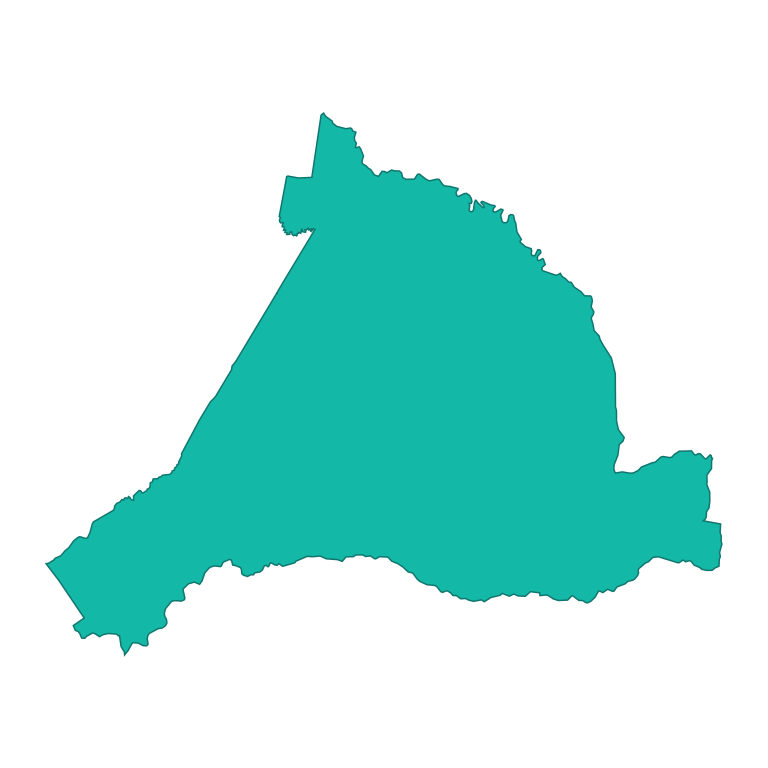 La Troncal, Cañar, Ecuador (Natural Earth projection)
{"feature_id": "8360857B94153717881636", "entity_name": "La Troncal", "entity_type": "district", "adm_level": 2, "iso_a3": "ECU", "parent_name": "Ecuador", "parent_adm1": "Cañar", "projection": "natural_earth1", "projection_center": [-79.383, -2.434], "detail": "fine", "context": "isolated", "style": "filled", "palette": "teal", "viewbox_px": 768, "rotation_deg": 0, "n_neighbors": 0, "source": "geoboundaries", "source_scale": "gbopen_adm2", "svg_char_len": 6093}
<svg xmlns="http://www.w3.org/2000/svg" viewBox="0 0 768 768"><path d="M691.5,450.9L679.2,451.2L674.6,454.2L671.7,457.2L669.5,457.6L663.3,456.5L660.8,457.1L655.4,462.1L652.1,462.8L641.5,467.0L637.9,470.7L633.1,473.0L630.0,473.2L622.2,471.9L615.8,473.0L614.8,472.1L613.8,468.9L614.2,464.5L617.9,455.3L619.2,444.6L623.0,441.1L624.2,437.5L618.4,429.7L616.5,420.7L616.5,410.9L615.5,406.8L615.3,373.7L611.3,357.9L603.2,345.2L600.1,339.5L599.1,335.9L594.1,330.6L592.8,323.4L591.4,319.2L591.5,317.1L593.1,314.8L593.9,312.0L591.1,306.8L592.4,300.9L591.6,297.3L590.7,296.0L584.5,295.8L580.9,291.6L574.3,287.2L571.3,282.4L568.8,282.1L565.2,278.4L562.4,276.8L560.2,273.3L557.5,275.0L555.5,275.1L542.8,270.8L542.0,269.7L542.1,267.4L545.3,264.5L543.3,259.0L542.4,258.7L539.2,260.6L538.0,260.3L537.3,259.2L537.7,256.1L540.8,252.9L540.6,250.9L539.7,249.8L537.8,249.7L534.9,255.7L532.5,255.7L531.1,254.0L531.7,251.0L531.2,248.7L525.2,246.6L520.1,242.0L520.1,241.1L521.4,239.5L517.0,232.0L515.7,223.0L514.6,220.6L513.6,215.7L512.8,214.9L510.9,214.5L508.9,215.7L508.0,220.7L506.8,222.3L505.8,222.8L503.2,222.5L502.1,221.3L500.7,215.2L503.0,210.3L502.8,209.6L500.7,209.1L496.0,211.8L493.9,212.1L492.8,210.6L493.7,208.2L495.2,206.5L494.7,205.6L490.9,205.0L482.6,201.4L481.4,201.7L481.0,202.8L483.7,205.5L484.1,207.5L483.0,207.7L478.0,203.0L476.1,200.3L475.4,200.3L474.4,203.0L473.4,210.4L471.8,211.8L469.9,211.3L469.2,210.3L469.7,205.6L469.1,203.3L471.0,203.5L472.0,201.6L471.1,198.1L469.6,195.5L466.5,193.4L464.4,193.6L458.1,196.5L456.9,195.6L456.1,193.1L456.5,191.1L457.9,189.8L458.0,188.5L449.7,186.4L444.4,185.9L442.7,184.5L439.0,179.3L436.2,179.3L429.4,180.9L426.2,179.4L419.4,174.1L417.6,174.3L414.4,179.1L405.9,179.3L402.7,177.5L401.5,172.9L399.4,171.0L394.5,170.9L391.7,170.0L387.0,172.7L384.6,171.5L382.0,171.3L378.5,176.4L374.4,174.9L370.8,169.7L368.3,168.2L366.1,165.8L363.3,164.4L362.1,162.9L362.1,160.5L363.5,156.1L360.5,148.5L359.1,146.8L355.9,147.8L355.4,147.2L356.4,143.3L354.8,140.8L354.3,137.7L355.9,132.2L352.8,131.0L351.8,128.9L350.6,128.0L345.8,128.7L336.8,126.4L332.7,123.2L332.2,121.1L325.7,116.4L323.6,113.1L321.1,115.1L311.8,177.4L298.6,178.0L288.0,176.1L286.7,176.5L279.2,216.7L280.5,217.4L279.4,220.2L279.9,222.0L280.5,222.9L282.4,222.5L283.4,223.1L282.5,224.2L282.2,226.7L283.9,226.7L284.2,229.0L283.6,230.3L285.6,230.1L284.9,232.4L287.4,233.0L286.7,234.5L289.8,234.3L290.0,232.2L291.4,231.8L292.3,234.7L293.7,235.7L295.0,234.9L296.5,235.9L297.4,234.8L297.2,233.6L298.6,233.2L298.6,232.4L300.7,233.3L301.7,229.4L302.2,229.7L302.0,231.6L305.3,232.3L305.8,231.9L305.0,229.7L306.5,230.0L308.0,228.2L308.8,230.0L310.4,229.2L310.6,231.0L311.3,230.6L311.4,228.8L311.9,228.8L312.0,230.7L313.3,228.8L315.0,229.4L285.0,279.1L276.7,293.1L277.0,293.6L276.2,294.1L235.8,361.4L232.1,366.0L231.5,369.8L215.4,396.7L210.3,402.0L199.7,419.6L181.6,453.6L181.6,456.1L178.8,461.8L178.6,464.0L177.1,464.6L176.7,466.4L174.6,468.1L174.4,470.1L172.1,471.0L172.0,472.3L169.9,474.4L162.6,475.2L160.8,476.8L159.2,477.1L157.5,478.8L153.2,478.9L152.4,481.8L150.3,482.8L150.0,486.7L148.8,488.8L147.4,489.0L146.6,490.7L143.1,492.9L142.0,492.8L140.6,490.7L139.1,490.5L133.6,495.8L133.5,500.2L131.2,499.8L130.1,497.6L128.5,496.6L127.8,498.5L125.9,497.8L124.6,498.1L123.6,500.1L122.0,499.5L119.7,502.2L116.8,503.3L114.5,506.3L114.6,507.6L113.6,510.2L93.4,521.9L92.2,524.2L90.0,532.6L87.5,537.7L85.8,538.5L79.9,536.7L78.1,537.3L73.7,540.8L68.8,547.7L65.2,550.6L60.9,555.7L55.3,558.2L53.7,560.1L48.4,563.3L46.1,563.7L59.0,580.7L84.2,618.0L73.3,625.6L75.3,630.3L78.2,631.6L79.8,633.6L81.7,638.1L84.8,638.3L86.6,636.3L92.5,633.0L95.2,633.8L99.5,636.7L102.9,634.7L108.3,633.5L116.8,634.1L118.2,635.8L119.5,635.6L121.1,646.6L124.4,652.1L124.6,654.9L128.3,650.3L131.8,643.8L133.3,642.7L138.2,643.1L143.2,645.7L146.7,645.8L148.1,644.0L147.2,638.6L147.9,635.4L149.3,633.4L158.1,628.7L162.5,627.9L165.5,625.6L166.8,623.4L166.8,621.9L166.4,619.1L164.9,616.5L164.3,613.7L165.5,608.7L171.6,601.3L174.9,600.6L181.4,601.1L184.4,599.7L184.9,598.2L182.9,589.2L188.5,583.8L194.3,582.1L199.6,584.3L202.1,580.8L204.8,572.8L209.0,568.2L210.5,567.1L214.3,565.9L220.3,566.6L221.3,566.1L223.2,562.1L229.6,559.4L230.9,559.8L231.8,561.4L232.7,565.1L235.6,565.6L240.1,567.4L240.9,568.1L241.4,569.8L241.8,573.7L243.3,575.1L247.5,576.5L250.6,574.8L253.6,574.8L254.8,572.8L259.8,572.0L262.3,570.2L264.4,565.7L266.2,565.4L267.7,566.7L268.6,566.5L270.2,563.2L271.4,562.9L274.5,564.8L277.1,565.3L278.9,563.7L282.7,566.3L294.7,562.8L295.9,561.2L307.0,556.4L313.1,556.7L320.1,556.0L326.3,558.8L337.4,559.6L342.2,561.4L346.1,556.8L353.3,556.7L355.6,555.1L357.0,554.9L362.6,554.9L365.6,556.5L370.6,555.9L374.4,558.7L375.8,558.8L379.6,556.7L386.8,557.0L388.5,557.7L391.6,561.1L398.1,563.8L403.0,567.1L408.2,572.0L412.7,573.0L417.4,579.4L420.0,581.5L427.2,584.8L434.4,585.3L436.9,586.7L440.7,591.6L442.6,592.4L446.4,590.8L447.8,591.1L451.1,593.2L452.9,595.5L456.4,595.6L460.7,598.8L465.5,598.5L468.9,600.2L473.7,601.3L481.4,599.9L484.3,601.7L490.9,597.5L500.1,595.3L502.2,593.4L509.3,596.2L513.8,594.0L518.1,595.9L525.2,596.3L530.5,591.7L539.6,592.8L540.0,595.6L546.2,595.0L548.0,595.4L553.5,599.0L558.3,600.5L567.6,600.1L571.7,596.0L572.9,595.9L578.8,600.4L582.9,600.6L585.7,602.6L587.5,602.9L590.7,601.4L595.0,597.3L598.5,591.2L599.5,591.0L602.9,592.6L607.6,589.3L612.7,591.4L614.0,591.1L617.0,586.9L625.0,583.9L628.0,581.3L632.6,580.3L634.6,579.1L637.5,575.7L638.6,572.8L638.1,570.3L638.8,568.7L645.2,563.1L648.4,561.8L652.9,557.4L658.5,556.8L677.7,562.7L679.1,562.7L682.7,560.3L683.7,560.3L685.5,561.8L689.0,560.7L691.2,561.4L694.2,565.2L699.8,567.5L701.7,569.3L707.0,570.4L712.1,570.3L715.0,568.0L719.0,566.2L719.3,559.4L720.3,556.7L719.6,552.3L721.9,544.1L721.1,541.0L721.2,535.8L720.1,532.8L720.6,524.0L703.2,520.8L705.2,519.1L706.3,517.0L706.5,511.7L709.0,508.0L709.8,501.5L709.7,492.1L706.6,483.9L707.1,482.4L706.9,475.9L707.1,474.7L711.5,468.7L711.6,460.9L712.5,458.4L711.8,458.1L711.1,455.5L710.2,454.9L706.1,458.8L705.1,458.9L700.3,453.8L698.2,453.7L695.7,455.0L694.5,454.8L691.5,450.9Z" fill="#14b8a6" stroke="#0f766e" stroke-width="1.5"/></svg>